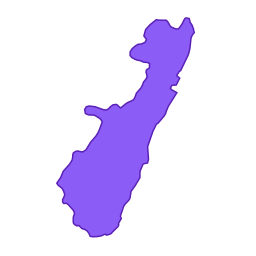 the border of Beqaa, rotated 173°
{"feature_id": "LBN-3022", "entity_name": "Beqaa", "entity_type": "Province", "adm_level": 1, "iso_a3": "LBN", "parent_name": "Lebanon", "parent_adm1": "", "projection": "natural_earth1", "projection_center": [36.105, 33.959], "detail": "fine", "context": "isolated", "style": "filled", "palette": "violet", "viewbox_px": 256, "rotation_deg": 173, "n_neighbors": 0, "source": "natural_earth", "source_scale": "10m", "svg_char_len": 2524}
<svg xmlns="http://www.w3.org/2000/svg" viewBox="0 0 256 256"><g transform="rotate(173 128 128)"><path d="M90.7,229.6L86.8,232.0L86.7,232.0L84.2,231.3L77.0,230.3L76.5,229.8L75.8,229.0L74.3,225.6L73.8,224.3L72.9,223.1L69.7,221.1L66.7,220.1L65.9,220.4L64.8,221.2L62.7,223.4L61.0,225.5L59.7,227.7L58.1,229.8L56.9,230.2L53.9,229.2L53.4,225.1L52.7,224.0L51.9,222.3L51.7,221.5L51.1,219.0L50.6,214.5L52.0,213.3L52.7,212.6L53.8,210.9L54.2,210.0L54.7,208.8L56.8,199.6L58.6,194.7L59.7,192.6L68.7,178.6L70.2,177.8L70.8,177.3L71.6,176.1L72.9,174.7L73.1,174.1L73.0,173.7L70.6,171.2L74.9,164.8L76.1,164.8L77.8,165.0L78.3,165.0L78.8,164.9L79.3,164.7L79.7,164.4L80.0,164.0L81.0,162.3L80.3,160.9L75.2,157.1L85.3,144.7L88.0,139.9L88.7,138.4L88.8,137.9L90.5,135.7L97.6,129.1L99.4,128.3L103.8,121.5L110.8,107.1L111.4,95.5L111.6,94.1L112.9,90.9L116.5,90.6L116.9,90.5L117.3,90.3L117.9,89.6L121.1,84.0L121.6,82.3L122.2,77.3L128.0,69.8L132.7,64.7L134.5,58.4L134.8,57.8L135.3,57.0L136.7,55.6L139.9,53.0L141.1,51.7L141.9,50.7L146.2,41.7L146.3,41.3L145.7,38.9L148.7,35.0L148.9,34.5L149.0,34.1L149.0,33.3L149.1,32.9L149.2,32.6L149.3,32.3L149.9,31.4L156.9,26.0L157.2,25.5L159.2,24.7L162.5,24.3L163.0,25.2L163.4,25.3L163.8,25.3L164.3,25.3L164.7,25.2L167.7,24.2L172.3,24.0L176.5,24.4L178.7,25.1L179.7,28.4L181.2,30.9L183.3,32.6L186.0,33.8L188.2,36.7L189.4,37.4L190.5,37.0L193.0,38.9L193.8,40.5L193.7,42.7L193.2,45.8L192.8,47.2L192.2,48.1L191.7,49.1L191.6,50.6L192.0,52.2L192.8,53.7L196.1,58.5L197.8,60.4L198.9,60.9L200.1,60.8L201.1,61.0L201.9,62.5L201.6,65.0L200.1,67.1L198.9,69.6L199.6,73.2L200.7,76.0L204.4,79.8L205.3,81.7L205.4,81.9L201.0,86.9L197.4,93.1L190.4,99.2L187.3,103.1L186.4,105.9L186.1,108.1L185.3,109.9L182.7,111.2L180.6,111.3L177.2,110.0L175.4,109.9L172.2,111.6L167.0,118.3L160.8,123.9L158.3,127.0L156.2,130.5L152.8,137.4L153.1,138.1L154.1,140.0L155.1,141.1L159.7,144.8L165.8,145.9L168.5,147.6L168.8,151.5L166.9,154.1L163.9,154.6L158.0,153.1L150.0,149.1L147.3,148.5L144.9,149.5L142.8,151.3L140.2,152.8L137.0,152.9L135.7,152.1L133.7,149.5L132.7,148.9L127.1,152.4L124.4,153.6L121.5,154.4L119.0,155.5L117.4,157.6L115.3,161.7L110.2,166.2L108.0,169.5L107.0,171.7L104.2,174.4L103.0,176.1L102.8,177.7L103.3,181.2L102.8,183.1L102.1,183.8L100.0,184.6L99.4,185.3L98.8,189.4L100.9,190.7L104.3,191.4L108.0,193.5L110.2,194.1L113.1,195.6L115.7,197.6L117.1,199.7L116.6,203.3L114.2,206.2L111.0,208.4L108.0,209.8L104.3,209.8L100.6,211.0L98.9,213.6L101.0,217.5L98.5,223.6L93.6,227.8L90.7,229.6Z" fill="#8b5cf6" stroke="#5b21b6" stroke-width="1.5"/></g></svg>